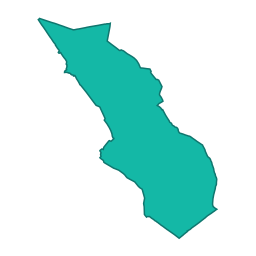 outline of Adancata, Suceava, Romania, rotated 179°
{"feature_id": "2599482B17413063998291", "entity_name": "Adancata", "entity_type": "district", "adm_level": 2, "iso_a3": "ROU", "parent_name": "Romania", "parent_adm1": "Suceava", "projection": "mercator", "projection_center": [26.302, 47.737], "detail": "fine", "context": "isolated", "style": "filled", "palette": "teal", "viewbox_px": 256, "rotation_deg": 179, "n_neighbors": 0, "source": "geoboundaries", "source_scale": "gbopen_adm2", "svg_char_len": 5624}
<svg xmlns="http://www.w3.org/2000/svg" viewBox="0 0 256 256"><g transform="rotate(179 128 128)"><path d="M150.6,232.1L153.5,231.6L154.7,231.4L155.7,231.2L163.7,230.0L167.3,229.4L169.1,229.0L170.9,228.7L174.8,228.0L176.1,227.8L177.1,227.7L179.7,227.2L180.9,227.1L185.6,228.7L188.7,229.9L189.3,230.1L190.2,230.5L192.1,231.2L195.2,232.3L195.9,232.6L199.4,233.9L202.4,234.8L214.3,239.0L214.6,239.1L214.9,238.7L215.1,238.4L215.5,238.1L215.8,237.9L213.6,234.4L212.6,232.8L211.3,231.0L209.7,228.6L208.7,227.1L207.2,224.7L205.2,221.6L204.7,220.9L204.1,219.9L203.3,218.9L202.6,217.8L201.3,215.7L200.6,214.7L199.5,213.3L199.0,212.5L199.0,212.2L199.0,211.8L198.8,211.7L198.4,211.0L197.0,208.8L195.6,207.0L195.2,206.1L195.7,205.8L195.8,205.7L196.1,205.3L196.2,205.1L196.3,205.0L196.4,204.8L196.4,204.7L196.2,204.5L196.0,204.3L195.8,204.1L195.7,204.0L195.0,204.1L194.5,204.2L194.3,204.4L194.1,204.5L193.8,204.3L193.7,204.0L193.3,203.2L192.9,202.7L192.2,201.5L190.7,199.4L189.5,197.9L188.4,196.0L188.2,195.3L188.2,195.0L188.3,194.4L188.3,194.1L188.4,193.8L188.6,193.4L188.6,193.0L188.6,192.7L188.2,192.2L187.9,192.1L188.0,191.6L188.0,191.4L188.0,191.2L188.0,190.9L187.9,190.6L187.9,190.4L188.1,190.1L188.1,189.9L188.2,189.5L188.4,189.0L188.5,188.9L188.6,188.6L188.7,188.2L188.6,187.9L188.4,187.7L188.3,187.3L188.4,187.2L188.7,187.1L189.2,186.8L189.7,186.5L190.0,186.2L190.2,185.8L190.4,185.5L190.5,185.0L190.5,184.6L189.9,184.7L189.1,184.7L188.4,184.7L188.1,184.7L187.2,184.3L186.7,184.3L186.4,184.0L185.9,184.0L185.8,183.9L185.7,183.9L185.0,183.7L184.7,183.5L184.4,183.3L184.3,182.9L184.0,182.6L183.6,182.3L183.2,182.1L182.6,182.0L182.2,182.0L182.0,181.9L181.9,181.8L181.8,181.6L181.7,181.1L181.3,180.8L181.2,180.8L180.6,181.2L180.3,181.4L179.7,180.5L179.2,179.6L178.7,178.3L177.3,176.1L176.7,175.0L175.9,173.5L175.5,172.5L175.2,172.0L174.4,171.4L169.0,164.4L163.7,157.0L161.4,153.8L159.5,151.2L157.6,150.4L156.1,149.7L155.4,148.9L155.3,148.2L154.5,146.5L153.0,143.1L150.7,137.8L151.6,136.3L148.7,132.2L147.8,130.6L146.8,128.9L145.3,125.8L144.2,122.6L143.8,119.9L143.1,118.3L142.5,118.1L142.3,117.5L143.1,116.8L145.2,115.0L145.7,115.2L146.8,115.7L147.4,115.4L150.5,111.7L152.6,109.1L153.1,107.0L154.4,107.5L155.3,106.9L156.0,106.4L156.5,105.7L155.7,104.4L155.5,103.9L155.5,103.4L155.8,102.5L155.9,101.8L155.7,101.1L155.5,100.0L156.6,98.8L156.0,98.1L153.5,96.2L153.1,95.7L152.7,94.1L151.9,93.5L147.3,90.7L143.1,88.1L141.1,87.3L138.0,86.0L133.4,82.5L131.8,80.9L130.9,79.6L129.8,78.3L127.2,76.8L123.6,74.8L122.2,74.0L121.0,72.5L118.6,69.4L117.1,68.0L114.9,66.5L112.6,57.6L113.7,52.2L113.2,48.9L113.1,41.3L112.9,41.0L112.2,40.0L112.1,39.9L111.9,39.7L111.6,39.2L111.3,39.0L111.2,38.8L111.0,38.6L110.9,38.7L110.8,38.8L110.5,39.0L110.3,39.0L110.0,39.1L109.6,39.1L109.1,39.1L108.7,39.0L108.4,39.1L108.0,39.1L107.7,38.8L107.2,38.4L106.6,37.9L106.0,37.4L105.2,36.9L104.5,36.4L103.9,35.9L103.6,35.7L103.2,35.4L102.8,34.9L102.2,34.6L101.8,34.4L101.2,34.0L101.0,33.7L100.7,33.5L100.5,33.4L99.5,32.7L99.0,32.2L97.9,31.4L96.9,30.5L96.4,30.1L95.0,29.2L94.0,28.4L93.5,28.0L93.0,27.6L91.8,26.7L91.5,26.5L90.8,25.9L90.3,25.6L87.4,23.5L83.7,20.8L78.8,16.9L78.1,17.4L77.5,17.9L77.1,18.2L76.6,18.6L76.1,19.0L75.2,19.6L74.9,19.9L74.6,20.2L73.7,21.0L73.3,21.2L72.2,22.2L71.8,22.4L71.4,22.7L70.3,23.6L70.5,24.0L70.2,24.1L69.9,24.2L69.7,24.5L69.2,24.7L68.9,24.9L68.7,25.0L68.4,25.1L68.2,25.2L67.6,25.6L67.1,26.0L66.5,26.5L66.0,27.0L65.4,27.4L64.9,27.7L64.6,28.0L64.2,28.2L63.8,28.5L63.3,28.9L62.7,29.2L62.2,29.6L61.5,30.1L60.9,30.5L60.2,31.0L59.6,31.5L58.9,31.9L58.3,32.4L57.6,32.9L57.0,33.4L56.3,33.9L55.7,34.4L55.0,34.9L54.3,35.4L53.7,35.9L53.0,36.4L52.3,36.9L51.8,37.4L51.2,37.9L51.0,38.1L50.6,38.4L50.0,38.9L48.6,39.8L47.9,40.2L47.2,40.7L46.5,41.1L45.8,41.6L45.2,42.0L44.5,42.5L43.8,43.0L43.1,43.4L42.5,43.9L41.8,44.4L41.1,44.9L40.9,45.0L40.6,45.2L41.5,45.8L41.9,46.0L42.3,46.3L42.8,46.7L43.3,47.2L43.7,47.4L44.4,48.4L44.6,49.3L44.8,50.3L44.6,52.6L44.3,55.8L43.9,57.7L43.5,59.8L43.1,61.2L42.5,63.4L41.8,65.8L41.6,67.5L41.4,68.3L41.0,69.0L40.6,70.0L40.5,72.4L40.2,74.7L40.2,75.2L40.3,75.9L40.5,76.7L41.2,78.2L41.5,79.3L41.6,80.3L42.3,81.7L42.5,82.4L42.8,83.8L43.1,85.9L44.0,88.6L44.4,89.6L45.0,92.4L45.2,92.7L45.6,93.4L46.1,95.0L46.5,95.8L47.0,96.5L47.4,96.8L48.3,97.5L48.8,98.1L49.1,98.6L49.7,100.0L50.1,101.0L51.1,103.3L51.5,105.0L52.4,106.8L53.4,108.7L53.8,109.7L54.5,110.1L55.9,111.1L57.8,112.4L59.4,113.5L61.3,115.0L63.3,116.4L65.5,118.1L66.5,118.7L67.0,118.8L67.5,118.9L67.8,118.9L68.3,119.2L70.7,120.0L72.9,120.9L75.0,121.6L76.4,122.0L77.1,122.8L77.8,124.4L77.9,125.0L77.9,125.7L78.4,126.7L79.2,127.6L79.5,127.8L80.3,127.9L81.0,128.2L81.4,128.5L81.9,129.1L82.5,129.4L83.1,129.7L83.8,130.3L84.1,131.1L84.3,131.4L84.4,131.8L85.0,132.4L85.6,132.7L86.1,133.0L86.4,133.6L86.8,134.6L88.4,137.1L90.3,140.3L93.0,145.7L93.5,145.4L95.1,147.7L97.1,149.3L98.4,149.9L97.7,150.8L96.5,152.0L95.4,152.5L92.6,154.1L92.9,155.4L93.3,156.1L93.9,157.4L94.5,158.5L95.1,159.3L95.8,160.3L95.9,160.5L95.9,161.5L95.7,162.5L95.0,164.4L93.7,167.4L93.3,168.9L93.5,169.2L96.4,175.2L97.6,175.9L98.3,176.1L98.6,176.1L99.0,176.0L102.5,180.4L103.8,182.1L104.4,183.3L104.2,183.7L103.9,184.2L105.1,186.6L107.5,186.9L111.9,187.6L113.9,187.8L114.6,188.1L115.2,189.5L116.1,191.8L116.8,193.0L118.1,195.2L118.8,196.0L120.7,197.9L123.1,199.6L126.0,201.4L127.4,202.2L130.6,204.8L131.6,205.4L133.0,205.9L133.4,206.2L133.6,206.2L134.0,205.9L134.5,205.6L134.9,205.6L135.8,206.2L139.0,208.8L142.9,211.8L147.3,215.3L144.3,229.6L143.9,233.0L144.6,232.7L145.4,232.6L146.1,232.5L146.9,232.6L148.2,232.4L148.9,232.2L149.4,232.3L150.6,232.1Z" fill="#14b8a6" stroke="#0f766e" stroke-width="1.5"/></g></svg>